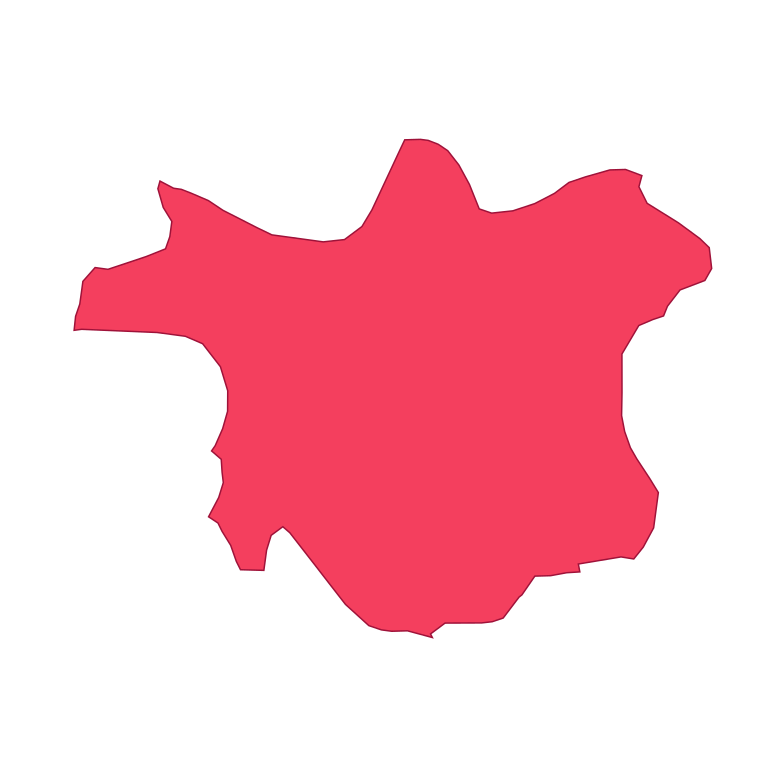 outline of Minuf City, Al Minufiyah, Egypt, rotated 96°
{"feature_id": "37247803B55746965305944", "entity_name": "Minuf City", "entity_type": "district", "adm_level": 2, "iso_a3": "EGY", "parent_name": "Egypt", "parent_adm1": "Al Minufiyah", "projection": "robinson", "projection_center": [30.931, 30.462], "detail": "fine", "context": "isolated", "style": "filled", "palette": "rose", "viewbox_px": 768, "rotation_deg": 96, "n_neighbors": 0, "source": "geoboundaries", "source_scale": "gbopen_adm2", "svg_char_len": 1544}
<svg xmlns="http://www.w3.org/2000/svg" viewBox="0 0 768 768"><g transform="rotate(96 384 384)"><path d="M534.4,544.6L539.6,534.6L547.4,529.7L560.5,519.6L575.9,512.3L583.7,507.3L581.9,484.0L561.5,483.4L546.3,480.4L536.5,469.7L541.8,462.1L547.0,457.1L557.5,447.0L573.2,431.9L589.0,416.8L607.3,399.2L625.9,373.8L628.8,360.9L629.1,350.5L627.0,334.9L631.1,309.4L627.7,311.6L615.4,298.3L611.4,261.9L609.1,251.5L604.3,241.0L581.8,227.4L579.3,224.8L559.3,213.9L557.2,198.2L552.6,182.6L550.4,169.6L542.7,171.9L531.2,130.2L531.9,117.3L519.1,109.1L498.9,100.8L463.3,99.8L450.3,109.8L432.0,124.8L421.6,132.3L406.1,139.7L390.6,144.4L367.7,146.4L329.3,150.5L299.2,136.7L291.9,123.6L287.1,113.1L277.0,110.2L259.5,99.4L247.5,75.7L234.9,70.2L214.4,74.8L206.4,85.0L193.0,107.9L176.8,141.2L161.2,151.1L149.8,149.3L145.4,166.2L147.5,181.8L157.0,205.4L164.2,221.1L176.6,234.4L188.8,252.9L198.3,273.9L202.8,294.8L199.9,307.6L176.6,319.9L158.4,332.4L145.3,345.0L139.9,355.2L137.1,365.5L136.9,373.3L139.0,388.9L149.2,392.5L212.1,414.2L229.7,422.4L244.5,438.4L249.0,459.3L247.4,511.1L241.9,526.4L228.1,562.3L220.0,577.7L214.4,595.7L211.6,605.9L211.3,613.7L205.6,628.0L213.4,629.3L231.5,622.0L244.5,612.0L259.8,612.4L272.4,615.4L282.1,633.8L298.8,670.5L298.4,683.5L313.4,694.2L321.0,694.4L336.3,694.9L348.9,697.8L363.0,697.8L361.2,690.4L356.5,615.1L357.3,586.6L362.9,568.6L383.9,548.5L407.1,538.7L427.5,536.7L445.3,539.8L462.9,545.4L468.6,548.5L475.9,538.0L488.7,535.8L498.9,533.5L514.1,536.5L534.4,544.6Z" fill="#f43f5e" stroke="#9f1239" stroke-width="1.5"/></g></svg>